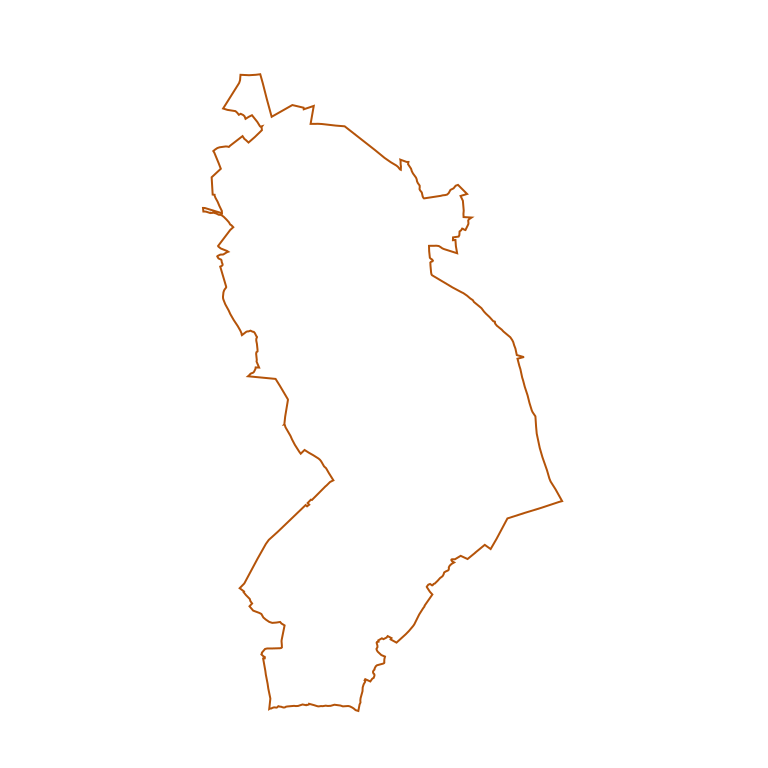 outline of Granicesti, Suceava, Romania, rotated 354°
{"feature_id": "2599482B75349817516737", "entity_name": "Granicesti", "entity_type": "district", "adm_level": 2, "iso_a3": "ROU", "parent_name": "Romania", "parent_adm1": "Suceava", "projection": "robinson", "projection_center": [26.065, 47.795], "detail": "fine", "context": "isolated", "style": "outline", "palette": "amber", "viewbox_px": 768, "rotation_deg": 354, "n_neighbors": 0, "source": "geoboundaries", "source_scale": "gbopen_adm2", "svg_char_len": 6141}
<svg xmlns="http://www.w3.org/2000/svg" viewBox="0 0 768 768"><g transform="rotate(354 384 384)"><path d="M324.3,706.5L326.2,700.2L327.3,698.3L327.4,696.1L327.9,693.9L330.5,687.3L331.1,683.5L332.4,680.5L334.1,678.2L334.3,677.4L333.7,676.7L334.5,675.6L339.3,678.4L341.2,676.2L342.0,675.6L343.0,675.2L344.0,673.1L344.1,672.1L343.9,671.4L343.3,670.9L343.0,669.8L343.0,669.1L343.3,668.4L343.7,667.8L344.7,667.0L344.9,666.0L346.3,663.9L347.6,663.0L353.9,662.0L354.9,661.6L355.2,661.2L355.2,660.4L355.6,657.7L356.5,655.2L353.0,653.3L349.8,649.6L349.1,648.2L348.8,646.7L350.0,645.0L350.1,643.4L349.6,640.6L350.0,639.9L351.7,639.7L351.7,639.2L351.5,638.4L355.3,636.7L356.8,637.7L360.1,636.4L361.3,635.1L364.9,637.5L363.9,638.7L369.4,642.5L379.4,635.2L382.9,632.3L387.7,627.7L389.0,626.2L394.9,616.9L399.4,611.2L401.0,609.5L401.2,608.7L410.1,598.4L407.9,595.4L405.5,590.7L405.3,590.2L405.6,589.8L407.1,588.2L408.9,587.7L410.8,589.3L411.3,589.2L412.5,588.0L413.6,587.8L416.9,585.2L419.4,582.9L422.1,581.3L423.3,579.7L424.0,578.0L424.3,577.6L426.0,576.8L428.0,576.2L428.8,575.6L429.2,574.7L429.3,573.1L430.4,571.5L432.4,570.0L435.1,568.8L433.2,567.4L432.6,566.3L432.7,565.7L433.3,565.4L436.3,565.7L442.3,562.9L448.8,566.8L457.2,561.3L457.2,561.2L467.4,554.5L472.8,559.3L479.8,549.7L492.7,530.6L510.4,526.9L527.4,523.6L545.7,519.6L548.9,519.1L543.6,506.7L539.5,498.4L538.6,495.3L537.1,486.9L533.9,473.3L532.2,463.8L530.7,449.3L530.8,442.4L531.2,432.0L528.9,427.7L528.2,425.7L526.7,418.1L525.6,410.3L523.7,401.5L522.7,394.9L522.1,392.0L521.2,383.5L520.5,380.1L519.4,372.8L525.3,371.9L525.3,371.6L519.1,369.1L518.4,362.5L517.5,359.1L516.9,355.8L516.1,353.7L514.5,350.7L508.2,344.2L506.9,342.4L502.3,337.8L500.9,335.6L500.7,334.9L500.9,333.9L500.6,333.4L499.6,333.2L499.2,332.9L496.0,328.5L492.8,324.8L491.0,322.4L488.8,318.7L482.0,311.8L481.1,309.9L478.7,307.9L475.9,304.9L472.4,301.9L470.9,301.0L462.2,295.1L443.2,280.9L442.7,280.0L442.5,278.1L442.6,271.0L442.8,268.0L443.6,267.4L445.1,267.0L445.5,266.5L444.9,265.3L443.4,264.1L442.8,263.2L442.8,256.7L443.2,251.3L450.8,252.0L452.9,252.5L454.5,253.7L456.2,255.2L457.8,256.1L470.4,261.6L469.9,254.5L470.1,248.2L467.6,248.2L468.0,245.4L473.6,245.2L474.5,243.8L475.1,240.2L476.8,239.2L478.0,237.6L478.8,238.0L480.1,239.0L481.1,239.4L484.0,234.8L484.6,233.7L484.8,232.8L484.8,230.3L485.1,229.8L485.7,229.1L488.5,227.6L480.6,226.3L480.8,223.0L481.4,219.9L481.6,210.0L479.8,205.0L486.5,203.7L478.4,193.7L476.0,194.3L473.6,196.7L470.4,197.9L468.3,200.9L466.6,202.2L464.7,202.5L462.0,202.5L460.1,202.8L443.2,203.6L442.6,202.9L442.1,201.7L441.6,197.5L440.2,195.3L439.7,193.9L440.1,192.0L440.2,190.4L438.6,187.6L438.0,185.7L437.9,183.9L437.4,182.1L434.8,177.6L433.9,175.3L433.4,172.7L430.9,167.9L431.5,165.7L429.7,165.5L423.7,162.6L423.8,164.1L423.5,167.1L423.6,169.4L423.1,172.7L422.3,172.2L420.6,169.5L419.1,168.0L414.0,164.2L408.1,159.1L399.6,150.5L371.8,123.6L363.2,122.0L349.2,118.9L346.0,118.4L338.2,117.6L343.2,100.1L332.9,102.4L332.9,100.8L322.0,97.0L300.2,106.5L297.2,88.1L294.9,72.3L293.3,63.0L288.9,63.1L282.1,62.8L273.6,61.5L272.6,66.8L271.4,69.5L252.8,93.2L256.9,95.0L264.8,97.1L266.4,98.9L267.8,101.1L269.7,100.3L272.1,101.8L273.3,103.2L274.0,105.8L277.8,104.0L280.8,102.9L285.4,110.1L287.5,114.5L288.1,115.2L289.7,114.9L289.1,115.6L289.1,118.8L281.2,125.0L274.5,129.7L271.9,126.7L270.8,125.7L269.2,122.7L255.4,131.2L254.9,131.8L254.4,132.0L253.1,131.5L251.5,131.2L245.3,131.4L243.0,131.9L240.5,133.2L238.6,134.5L239.4,136.1L242.7,147.3L244.2,152.9L234.2,160.4L233.4,177.7L235.2,178.1L235.1,178.4L235.8,181.1L237.6,185.4L238.9,189.7L240.8,194.9L240.7,197.2L224.1,190.2L222.4,190.0L222.4,193.6L224.8,193.9L229.1,195.8L229.5,195.5L230.1,195.8L231.1,195.9L231.7,195.6L235.0,196.9L237.3,198.4L239.2,198.7L240.3,199.3L242.2,201.1L244.7,204.2L246.7,207.0L247.7,209.3L248.8,210.1L250.5,212.3L247.2,214.7L233.4,229.4L233.8,230.2L235.9,232.2L241.8,235.3L242.9,236.2L241.4,236.6L238.3,238.1L237.5,238.4L234.8,238.2L231.8,239.3L231.5,239.7L232.5,241.8L235.0,243.3L235.3,243.9L235.4,245.9L236.0,248.0L235.9,248.8L235.0,249.6L233.4,250.1L237.2,270.7L237.1,271.5L235.4,273.3L234.7,274.3L233.9,276.1L233.0,280.3L232.9,281.8L233.1,283.2L234.5,288.2L237.2,294.6L238.5,298.5L241.2,304.6L244.6,311.1L246.7,315.9L247.6,318.7L247.6,320.0L247.8,320.6L252.6,317.6L253.8,317.4L254.8,317.5L256.8,317.0L258.9,318.3L259.9,318.5L260.8,319.7L262.2,323.4L262.5,323.6L262.6,324.1L261.7,325.8L261.5,327.6L261.8,330.8L261.8,336.3L261.7,337.8L261.6,338.4L260.4,339.1L260.0,340.6L260.0,346.7L259.6,348.4L261.5,354.6L258.1,354.1L257.7,355.6L255.9,358.4L254.7,359.2L253.1,359.5L251.9,360.2L251.0,361.1L249.6,362.1L276.7,367.6L280.4,375.2L286.8,389.2L286.8,389.8L282.3,406.1L280.7,413.6L280.4,413.9L280.9,413.9L281.1,414.5L281.5,416.7L285.6,425.9L286.7,429.4L289.0,435.2L292.7,442.6L293.9,444.6L298.1,441.3L302.1,444.5L306.3,447.5L311.1,451.3L312.4,452.7L313.4,454.3L315.8,459.7L317.6,461.7L319.8,466.7L323.6,474.5L320.1,475.8L315.9,479.2L315.3,479.5L300.2,491.8L299.2,491.4L295.6,494.4L297.0,496.2L294.7,497.6L293.4,496.2L263.0,519.8L253.1,527.0L249.8,530.7L240.0,544.5L224.2,567.8L219.1,572.0L223.1,575.7L222.6,576.3L224.7,579.6L228.0,583.7L228.5,586.1L229.9,588.5L227.0,591.0L230.2,595.7L236.0,598.6L238.0,599.9L239.6,603.6L241.9,606.0L245.0,608.6L247.9,609.9L252.0,610.0L255.8,609.8L257.0,611.5L259.9,613.7L255.5,627.7L255.2,629.0L255.1,633.2L254.9,635.3L254.1,635.8L252.8,635.9L243.6,635.2L240.2,634.8L238.0,635.1L234.5,638.4L234.5,638.9L233.8,640.1L235.9,642.5L236.8,642.9L236.9,643.5L236.7,644.4L235.1,644.4L236.0,656.8L236.1,660.6L236.9,669.8L237.1,674.9L238.1,685.0L235.9,695.2L236.5,694.9L238.1,694.9L239.2,694.4L240.9,694.1L243.2,694.6L244.0,694.4L245.2,693.4L245.5,693.4L246.1,693.8L248.2,694.3L249.1,694.8L250.6,695.3L251.8,695.2L252.8,694.7L254.2,694.6L260.9,694.7L262.7,695.1L264.9,695.2L269.5,694.2L273.0,695.3L273.3,695.0L274.0,695.2L275.7,694.9L276.0,694.2L280.9,696.1L284.1,697.5L285.3,697.8L287.7,697.7L289.3,698.0L292.4,697.8L294.3,698.3L297.2,698.5L301.2,697.8L307.0,699.2L309.4,700.3L314.7,700.5L316.3,701.0L318.5,702.4L319.9,703.5L321.7,705.4L324.3,706.5Z" fill="none" stroke="#b45309" stroke-width="2"/></g></svg>